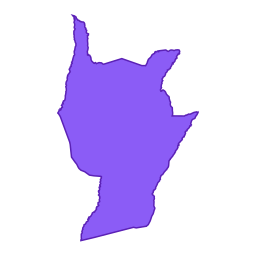 outline of Campo Novo do Parecis, Mato Grosso, Brazil
{"feature_id": "56859067B93931383273622", "entity_name": "Campo Novo do Parecis", "entity_type": "district", "adm_level": 2, "iso_a3": "BRA", "parent_name": "Brazil", "parent_adm1": "Mato Grosso", "projection": "natural_earth1", "projection_center": [-57.909, -13.656], "detail": "fine", "context": "isolated", "style": "filled", "palette": "violet", "viewbox_px": 256, "rotation_deg": 0, "n_neighbors": 0, "source": "geoboundaries", "source_scale": "gbopen_adm2", "svg_char_len": 5642}
<svg xmlns="http://www.w3.org/2000/svg" viewBox="0 0 256 256"><path d="M72.6,15.4L74.2,17.5L74.4,18.2L74.0,18.8L74.2,19.2L74.8,19.5L74.9,20.0L74.5,20.3L74.0,22.5L74.5,23.4L74.7,24.4L74.7,25.5L74.2,27.2L74.3,28.0L74.8,28.3L75.1,28.8L74.7,29.9L73.9,31.1L73.9,33.5L73.9,34.4L74.2,34.8L74.1,37.2L74.5,38.4L74.3,39.5L74.8,40.3L75.4,42.7L75.9,43.3L75.9,45.8L75.3,46.7L74.7,50.2L74.2,51.2L74.3,53.2L74.6,54.4L74.4,55.2L73.8,55.7L72.8,59.2L72.6,60.3L72.1,61.8L71.6,62.2L72.2,63.4L71.4,64.1L71.0,65.5L71.3,66.0L71.1,66.6L70.3,66.9L69.7,68.9L69.2,69.2L69.3,69.7L69.9,70.7L69.9,71.3L70.2,71.8L69.5,72.6L69.0,73.7L68.4,74.1L68.0,74.8L67.6,75.6L67.8,76.0L67.2,77.1L67.3,77.6L67.1,78.2L67.4,78.7L67.2,80.1L66.2,82.0L65.9,84.3L66.4,85.0L66.4,85.6L65.8,86.5L66.3,88.7L66.3,90.7L65.8,91.9L66.0,92.3L65.5,95.1L65.3,95.6L65.3,98.2L65.0,99.1L65.0,99.7L64.4,100.7L63.5,100.9L63.1,102.1L62.8,102.4L63.2,103.7L62.6,103.7L62.2,104.1L61.9,105.0L61.5,105.5L62.2,106.2L62.4,107.4L61.5,107.7L61.3,108.7L60.8,109.0L60.4,108.9L60.8,109.8L60.4,110.1L59.2,109.9L58.8,111.5L58.0,112.5L57.9,113.0L58.0,113.4L58.5,113.6L60.3,116.6L69.7,142.1L70.2,144.5L71.5,157.1L74.9,161.9L76.8,164.3L78.2,167.2L79.0,168.5L80.9,170.2L84.7,171.7L89.4,175.1L93.8,175.8L100.3,176.3L101.1,176.4L101.4,176.7L101.1,177.3L101.4,177.7L101.2,178.6L100.5,179.2L100.4,179.9L100.8,180.9L100.0,182.1L100.7,183.3L100.6,183.8L99.8,184.8L99.8,185.5L100.3,185.8L100.4,186.6L99.5,186.9L99.2,187.2L99.6,187.6L99.4,188.3L99.7,189.1L99.3,190.2L99.3,190.7L98.6,190.8L98.5,191.7L99.3,193.4L99.3,194.0L98.5,195.0L99.7,196.3L99.6,197.3L99.9,197.8L99.2,200.0L99.7,201.2L99.6,201.7L98.1,202.6L98.0,204.4L98.7,205.1L98.7,205.6L96.8,206.8L96.8,207.3L96.2,208.1L96.6,209.1L94.9,211.2L94.7,211.9L94.3,212.2L93.7,212.0L93.0,212.6L92.4,212.9L91.8,214.6L90.7,216.3L90.0,216.9L89.0,217.0L88.6,217.8L89.0,218.7L88.2,218.8L87.8,219.3L88.2,220.2L87.9,221.1L86.4,222.0L85.6,223.8L85.1,224.2L84.0,224.8L83.9,226.1L82.8,227.9L82.7,228.5L82.9,229.2L82.5,229.7L81.9,231.7L82.2,232.3L82.1,232.9L81.9,233.4L81.3,234.1L81.3,238.1L81.5,238.6L81.3,239.4L80.9,239.9L80.9,240.6L94.4,237.4L133.5,227.3L136.2,227.9L146.5,226.2L147.1,225.5L148.2,224.7L150.2,220.9L151.8,216.1L153.1,213.9L153.7,212.0L154.1,210.3L154.4,209.7L154.8,208.5L154.8,207.9L154.5,207.5L153.8,205.8L154.0,201.7L153.7,200.3L154.1,199.7L154.4,198.3L154.2,197.6L154.3,196.5L153.5,195.3L152.5,194.8L152.3,194.2L152.3,193.5L153.0,192.9L153.2,192.4L153.3,191.3L153.5,190.5L153.9,190.5L154.0,190.0L154.9,189.5L155.5,188.7L155.7,188.2L155.6,187.5L157.0,184.8L157.8,182.7L159.5,180.9L159.8,179.8L160.4,179.2L160.2,178.0L160.4,177.2L160.8,176.7L160.8,176.0L161.0,175.6L162.0,174.8L162.6,174.6L164.4,171.8L164.8,171.5L165.7,170.3L166.7,169.6L166.9,168.9L168.2,167.1L168.6,165.9L169.0,161.0L169.8,159.7L170.3,159.3L170.4,158.6L170.8,158.4L173.0,155.7L173.1,155.1L173.4,154.9L174.7,153.2L174.7,152.6L175.4,152.0L175.5,151.6L175.4,151.1L175.7,150.6L176.6,149.7L177.5,148.4L177.6,147.8L177.9,147.5L177.7,146.7L177.8,145.8L178.1,145.3L178.8,145.5L179.0,145.0L178.8,144.3L178.4,143.9L178.7,143.3L179.2,142.8L179.6,142.2L180.1,142.0L180.8,141.0L181.7,140.3L182.3,139.3L182.1,138.5L182.4,137.9L182.8,137.7L183.6,136.7L184.1,136.8L184.3,136.2L184.3,135.8L184.8,135.2L184.8,134.7L185.4,133.8L185.5,133.0L185.1,132.1L186.1,131.0L186.7,130.9L187.1,130.6L187.0,129.9L187.5,129.2L188.4,128.6L189.4,127.3L189.8,125.9L190.7,126.0L190.9,125.4L191.4,124.9L190.7,123.7L191.7,120.3L193.2,119.0L193.8,118.9L194.9,118.3L195.7,116.3L196.2,115.8L196.5,115.2L196.9,114.9L197.6,113.3L198.1,112.6L198.0,112.1L197.6,112.4L197.0,112.3L196.7,111.9L194.0,112.4L190.1,114.2L188.4,114.1L187.5,114.8L187.0,114.8L186.2,115.3L185.6,115.2L184.5,116.0L172.2,115.9L172.6,114.5L172.7,112.9L172.4,110.8L172.3,108.0L172.2,107.5L170.9,106.4L170.4,105.1L170.2,104.0L170.5,102.8L170.5,102.0L170.1,101.6L169.2,98.6L169.2,97.5L169.0,96.7L168.7,96.3L167.9,95.8L166.4,94.1L165.4,91.8L165.0,91.5L164.7,91.0L163.2,90.0L162.7,90.0L161.9,90.9L161.4,91.2L161.0,91.2L161.2,90.6L160.4,90.0L160.7,89.1L161.1,88.6L161.2,88.1L161.5,87.5L161.1,87.0L161.5,84.1L162.0,83.6L162.0,82.9L161.7,82.3L162.8,80.6L162.5,80.2L162.2,80.0L162.1,78.9L163.0,77.7L163.0,77.2L163.9,76.5L164.4,76.4L164.7,76.0L165.4,74.6L165.6,73.1L166.7,72.2L167.6,70.5L167.5,70.0L168.7,69.8L169.0,69.2L170.0,68.7L170.5,68.1L170.4,67.6L170.6,67.2L171.7,65.5L171.9,64.7L172.6,63.5L173.1,63.8L173.2,63.2L172.6,62.9L173.1,62.5L173.7,62.5L174.8,61.4L175.3,59.5L175.7,59.4L175.7,58.8L176.1,58.4L177.0,58.0L176.5,56.7L176.9,56.1L177.1,55.4L178.0,54.7L177.9,54.3L178.2,53.9L179.4,53.9L179.6,53.3L179.3,52.5L179.7,51.6L179.5,50.8L179.3,50.2L178.0,49.8L175.6,50.0L174.0,50.6L173.0,50.2L171.1,50.0L170.1,50.3L168.3,51.4L167.8,51.3L166.2,50.2L165.6,50.0L158.9,50.8L158.7,51.4L158.4,51.0L157.3,51.1L156.9,51.8L155.9,51.9L155.5,51.6L155.1,51.8L154.7,52.6L154.6,53.4L153.2,54.0L151.8,55.1L151.3,56.4L150.6,57.3L148.4,59.3L147.4,61.9L147.1,63.1L145.6,65.7L145.1,65.6L141.8,65.6L121.8,58.6L103.7,64.2L102.7,63.9L101.6,62.9L99.0,62.6L96.4,63.6L95.5,62.6L94.9,62.8L94.4,63.3L93.9,63.2L91.7,61.1L91.0,59.4L91.0,58.0L90.7,57.6L90.7,57.0L89.7,55.3L89.1,55.3L88.6,54.7L88.0,55.2L87.5,54.9L87.6,53.9L87.3,51.5L87.9,49.4L87.9,48.7L88.2,47.9L87.6,45.7L87.8,44.0L87.5,41.0L87.5,39.6L87.9,38.5L87.5,37.9L87.6,36.8L87.4,35.7L88.4,35.1L88.5,33.9L86.9,33.2L86.5,32.8L86.3,32.3L86.4,31.5L86.7,30.3L85.7,29.4L85.9,28.3L85.6,28.0L85.1,27.7L84.9,27.2L84.7,26.3L84.9,25.0L84.5,24.3L84.6,23.5L84.0,22.5L83.3,22.0L81.6,21.9L80.9,21.5L80.4,21.6L79.9,21.0L79.5,21.0L79.0,20.4L77.8,20.2L77.6,19.4L76.2,18.5L76.2,17.4L76.0,17.0L75.5,16.8L74.7,16.0L72.6,15.4Z" fill="#8b5cf6" stroke="#5b21b6" stroke-width="1.5"/></svg>